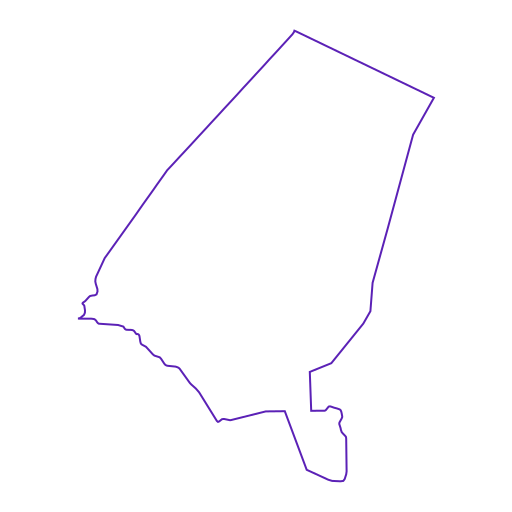 SVG path tracing the border of Kanem
{"feature_id": "TCD-1465", "entity_name": "Kanem", "entity_type": "Prefecture", "adm_level": 1, "iso_a3": "TCD", "parent_name": "Chad", "parent_adm1": "", "projection": "albers", "projection_center": [14.708, 15.037], "detail": "fine", "context": "isolated", "style": "outline", "palette": "violet", "viewbox_px": 512, "rotation_deg": 0, "n_neighbors": 0, "source": "natural_earth", "source_scale": "10m", "svg_char_len": 2121}
<svg xmlns="http://www.w3.org/2000/svg" viewBox="0 0 512 512"><path d="M78.1,318.5L80.0,318.1L84.0,314.9L84.9,312.7L85.0,310.4L84.3,305.8L83.9,305.1L82.7,303.9L82.5,303.3L82.9,302.7L85.2,301.1L89.0,296.9L90.1,296.0L92.5,295.5L94.7,295.3L96.5,294.4L97.5,291.5L97.4,289.1L95.8,283.9L95.3,281.5L95.5,278.9L96.1,276.6L97.9,272.8L101.7,264.6L104.7,258.1L108.1,253.4L111.6,248.5L115.1,243.6L118.6,238.7L122.1,233.8L125.6,228.9L129.1,224.0L132.6,219.1L136.1,214.2L139.5,209.3L143.0,204.3L146.5,199.4L150.0,194.5L153.5,189.6L156.9,184.7L160.4,179.8L163.9,174.9L167.2,170.2L173.6,163.4L180.4,156.0L184.9,151.2L191.4,144.2L197.9,137.1L204.4,130.1L210.9,123.0L217.4,116.0L223.9,108.9L230.4,101.9L236.9,94.9L243.3,87.8L249.8,80.8L256.3,73.7L262.8,66.7L269.2,59.6L275.7,52.6L282.2,45.5L288.6,38.5L292.5,34.2L294.0,32.0L294.4,30.7L296.3,31.5L433.9,97.8L413.1,134.7L387.7,228.5L372.6,282.8L370.4,311.2L363.3,323.6L331.3,363.2L309.8,371.9L311.2,410.8L324.7,410.7L325.4,410.4L325.9,410.0L328.5,406.8L328.9,406.5L329.6,406.4L330.3,406.4L331.6,406.8L334.1,407.7L336.8,408.4L339.4,409.3L340.1,409.7L340.7,410.3L341.3,411.8L341.7,413.5L342.2,416.3L342.2,417.1L341.6,418.6L339.5,422.4L339.3,423.2L339.3,424.1L340.6,428.2L340.9,429.8L341.5,431.5L341.7,432.1L342.8,433.4L345.3,436.0L346.0,437.0L346.2,438.7L346.6,471.4L346.2,474.3L344.7,479.0L343.3,480.9L340.5,481.3L332.1,480.9L328.2,479.7L306.7,469.8L284.8,411.2L265.8,411.4L230.9,420.1L230.0,420.2L224.2,419.0L223.3,419.0L222.0,419.2L219.2,421.4L218.0,421.9L216.9,421.0L199.1,392.3L195.8,388.5L191.2,384.4L189.8,382.9L179.6,368.7L178.7,367.9L178.0,367.5L176.8,367.0L175.5,366.6L167.7,365.8L166.8,365.6L165.5,365.0L164.3,363.7L161.1,358.8L159.7,357.3L154.4,355.6L152.8,354.3L146.0,346.8L142.1,344.7L141.3,344.1L140.8,343.4L140.3,341.6L139.5,336.4L139.3,335.6L138.7,334.6L138.1,334.2L137.3,334.0L136.6,334.1L136.1,333.8L134.1,331.0L133.2,330.4L132.5,330.1L131.0,329.9L126.9,329.8L125.9,329.6L125.3,329.2L124.8,328.8L123.4,326.6L118.1,325.0L98.8,323.7L97.9,323.1L97.1,322.2L96.0,320.5L94.5,319.2L93.0,318.9L91.4,318.7L79.0,318.7L78.1,318.5Z" fill="none" stroke="#5b21b6" stroke-width="2"/></svg>